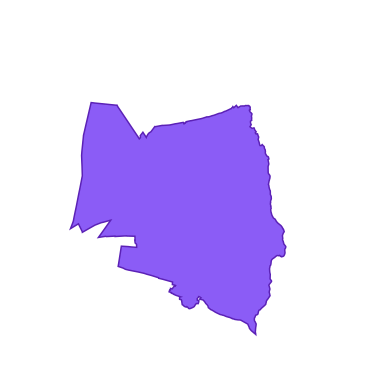 Jaristea, Vrancea, Romania (Albers equal-area conic projection), rotated 215°
{"feature_id": "2599482B16712539339151", "entity_name": "Jaristea", "entity_type": "district", "adm_level": 2, "iso_a3": "ROU", "parent_name": "Romania", "parent_adm1": "Vrancea", "projection": "albers", "projection_center": [27.038, 45.796], "detail": "fine", "context": "isolated", "style": "filled", "palette": "violet", "viewbox_px": 384, "rotation_deg": 215, "n_neighbors": 0, "source": "geoboundaries", "source_scale": "gbopen_adm2", "svg_char_len": 5930}
<svg xmlns="http://www.w3.org/2000/svg" viewBox="0 0 384 384"><g transform="rotate(215 192 192)"><path d="M325.9,207.4L317.1,185.4L314.5,179.0L313.4,176.2L312.3,174.3L310.0,170.2L305.7,162.5L303.4,158.6L296.9,150.1L291.1,142.3L286.0,130.9L283.9,126.0L278.3,113.4L275.1,105.9L274.0,103.4L272.6,100.3L272.0,98.3L270.5,92.3L266.8,100.8L259.2,96.6L258.7,96.1L254.7,104.6L252.5,109.2L248.9,114.6L247.1,116.6L242.7,122.0L242.4,122.3L242.5,106.5L242.6,101.1L237.4,106.1L236.4,106.5L229.8,111.7L229.5,111.4L220.8,118.3L220.7,118.2L213.4,123.0L211.0,120.0L211.3,119.8L209.3,117.6L208.6,117.6L207.3,117.2L205.6,114.9L210.5,112.0L213.1,110.6L218.8,107.1L212.7,94.7L210.9,91.0L210.3,89.7L209.8,88.7L205.4,90.0L204.1,90.3L203.5,90.3L202.2,90.5L199.3,91.6L189.8,95.8L187.3,96.8L184.6,97.9L181.9,98.7L177.8,100.2L170.2,102.6L169.8,102.2L166.0,103.7L160.0,105.8L156.3,107.1L155.0,104.9L153.3,105.5L151.8,106.0L151.7,105.2L152.6,104.1L152.7,101.3L154.3,100.7L153.5,99.3L154.1,99.0L153.5,97.1L151.1,97.8L150.9,97.3L148.3,97.9L148.2,97.7L145.7,98.2L141.2,99.6L141.6,99.1L141.7,98.9L141.7,98.5L141.4,98.1L140.6,97.0L138.9,97.6L138.4,97.3L135.4,94.1L134.7,94.2L132.6,93.9L130.7,94.4L130.5,94.6L130.5,95.1L129.4,95.1L127.9,94.7L127.1,95.0L126.4,95.8L125.1,97.9L124.4,99.6L124.6,100.4L124.5,103.1L122.9,104.1L123.4,105.7L124.0,106.9L125.4,106.5L125.9,106.5L126.1,107.2L126.6,107.7L126.4,109.4L126.6,110.2L126.3,110.4L125.6,110.5L124.3,110.5L124.0,110.5L124.3,109.5L124.2,108.6L122.1,109.5L120.7,109.9L117.6,109.0L117.0,108.6L115.1,108.3L114.4,108.1L113.9,107.9L113.3,107.6L112.7,107.0L112.2,106.6L111.0,106.6L109.3,106.4L108.9,106.5L107.9,106.7L105.7,106.9L104.5,106.9L102.8,107.1L98.6,107.8L97.5,108.3L95.9,108.8L95.0,109.2L93.2,109.5L92.1,109.8L88.4,111.1L87.0,111.2L86.1,111.6L85.7,111.5L85.3,111.8L84.4,112.1L83.7,112.2L83.0,112.6L80.8,113.7L79.8,114.4L78.5,115.0L70.4,115.8L69.8,115.3L67.9,114.2L67.2,113.7L66.8,113.3L65.3,112.8L63.7,112.4L62.3,112.3L61.4,112.2L59.5,112.0L58.6,112.0L58.1,111.9L58.4,112.3L60.0,113.8L60.2,114.3L61.1,115.8L62.4,118.1L62.7,118.9L63.7,120.6L64.0,120.9L64.4,121.0L65.1,121.5L65.6,121.8L66.5,122.1L67.1,122.5L67.8,123.3L68.0,123.7L68.6,124.6L68.6,125.2L68.6,125.6L68.7,126.0L69.1,127.2L69.1,127.8L68.6,128.3L68.3,128.8L68.1,129.4L68.0,129.8L68.4,130.8L68.9,132.0L69.2,133.0L69.3,133.4L69.1,134.0L68.6,134.6L68.6,135.1L68.4,136.7L67.9,138.7L67.5,140.4L67.2,142.0L67.2,142.4L67.5,142.8L67.7,143.6L67.9,144.1L68.4,145.0L68.5,145.7L68.6,146.7L68.5,147.2L68.5,148.6L68.6,151.8L70.4,153.5L71.2,154.1L71.6,154.8L72.5,157.2L74.8,159.2L75.6,159.7L75.7,160.7L75.5,164.2L75.9,164.8L78.2,165.6L80.7,169.5L81.1,169.8L82.3,170.9L84.4,173.5L85.0,174.8L85.7,176.3L85.6,177.1L86.1,178.4L86.9,179.8L87.7,181.3L87.8,182.5L87.7,183.3L86.7,186.0L86.5,187.1L85.9,188.7L85.4,189.1L84.3,189.6L83.9,190.3L82.8,190.1L82.5,190.3L82.4,190.1L81.4,190.3L80.6,191.3L80.2,192.0L80.2,193.3L80.4,194.1L80.7,195.0L80.9,195.5L82.7,197.6L83.2,198.5L83.2,199.6L83.6,200.7L84.0,201.2L85.6,201.7L86.9,202.1L89.1,204.0L89.7,204.3L90.1,204.5L90.8,205.4L91.0,205.7L91.0,206.0L92.9,208.1L93.6,210.5L93.7,212.4L95.4,213.7L96.0,214.0L96.1,213.9L96.7,214.3L97.2,214.4L97.7,214.8L99.8,215.5L103.9,215.8L106.0,216.3L108.2,217.4L110.4,217.4L113.2,218.8L116.1,221.2L117.5,222.8L117.8,224.0L118.4,224.6L119.3,225.4L119.2,225.7L120.3,226.5L120.9,227.1L121.4,227.9L121.4,228.3L121.6,228.4L122.1,229.1L122.2,229.3L122.7,230.5L123.1,231.9L124.1,233.2L124.7,233.9L126.4,234.9L127.8,236.9L128.6,237.9L129.7,238.5L131.5,240.0L133.1,241.7L133.6,241.8L135.0,244.8L136.1,247.9L136.9,249.4L137.7,250.2L139.5,250.8L140.3,251.2L140.8,251.7L144.3,256.5L145.0,258.7L145.2,259.1L148.3,262.1L147.9,262.8L148.1,263.2L148.2,263.4L148.7,263.8L149.5,264.5L150.0,264.6L150.5,264.5L151.0,264.4L151.8,264.6L153.5,265.4L154.3,266.0L154.7,266.6L155.1,267.3L156.3,268.6L157.9,269.4L158.6,270.4L159.1,270.6L160.8,270.9L161.7,271.1L161.8,270.4L161.8,270.0L162.0,269.7L162.8,269.1L163.4,269.3L163.8,269.6L165.4,271.1L167.3,272.5L167.9,272.9L168.9,275.3L169.8,275.8L170.9,276.6L171.6,277.2L171.9,277.2L172.6,276.4L172.9,276.3L173.1,276.3L173.6,276.5L174.1,276.8L173.9,278.1L176.0,278.8L176.7,279.2L177.8,280.1L178.2,279.9L179.2,278.7L179.3,278.6L180.8,278.6L181.6,278.6L181.8,278.7L182.0,278.8L182.0,279.1L182.0,280.2L182.2,280.5L182.1,281.1L183.1,281.7L183.8,282.3L184.2,282.8L184.7,283.5L184.6,283.9L184.4,284.5L184.2,284.9L185.2,286.1L185.3,286.5L185.5,286.8L186.0,287.4L186.8,288.2L187.6,290.3L187.9,290.5L188.7,290.7L189.2,290.8L189.7,290.8L190.5,291.0L191.2,291.3L191.4,291.6L191.7,291.7L192.0,292.0L192.0,292.3L191.8,292.5L191.5,292.7L191.4,292.8L191.9,293.4L192.4,293.8L192.7,294.2L192.8,294.6L193.0,294.7L193.1,294.9L194.0,295.3L194.3,295.3L194.6,295.3L194.8,295.1L195.2,295.3L195.4,295.2L195.7,295.0L196.4,294.4L197.9,293.4L198.1,293.1L198.3,292.6L198.5,292.4L199.2,292.0L201.4,290.4L201.5,290.2L202.7,287.5L205.4,288.4L206.1,285.0L207.5,285.4L207.4,284.7L207.5,284.3L207.7,283.6L207.7,282.8L207.8,282.6L208.1,282.3L209.9,279.1L210.9,277.4L211.3,277.0L211.8,276.3L212.0,275.8L212.9,274.2L213.6,273.2L214.3,272.6L215.2,271.6L216.9,269.1L218.0,267.5L219.3,266.0L220.5,264.3L221.0,263.7L221.4,263.2L223.2,261.8L223.3,261.5L223.5,261.3L225.6,258.5L226.7,257.2L229.3,254.5L233.7,249.8L234.0,249.6L236.9,246.5L236.6,246.3L236.9,245.9L237.1,245.6L237.2,245.4L237.2,245.2L237.1,244.9L237.0,244.6L237.1,244.3L237.5,243.8L237.5,243.4L237.9,243.2L238.3,243.8L238.3,244.0L238.5,244.1L239.1,244.0L239.2,243.9L243.3,239.7L244.9,238.2L248.5,234.3L249.9,233.1L251.8,231.6L254.2,229.7L254.5,229.6L259.6,224.4L260.0,224.3L260.1,220.5L260.2,217.8L261.0,215.9L261.1,215.2L261.2,214.4L261.2,213.9L261.0,211.7L260.9,210.8L260.8,210.5L266.5,212.8L266.7,208.5L266.5,208.2L266.2,208.0L265.8,207.5L265.6,207.3L265.5,206.7L265.5,206.3L265.7,205.3L267.5,206.1L281.0,211.3L298.8,218.2L301.0,219.0L303.3,220.1L303.4,219.9L314.5,213.7L322.5,209.2L325.9,207.4Z" fill="#8b5cf6" stroke="#5b21b6" stroke-width="1.5"/></g></svg>